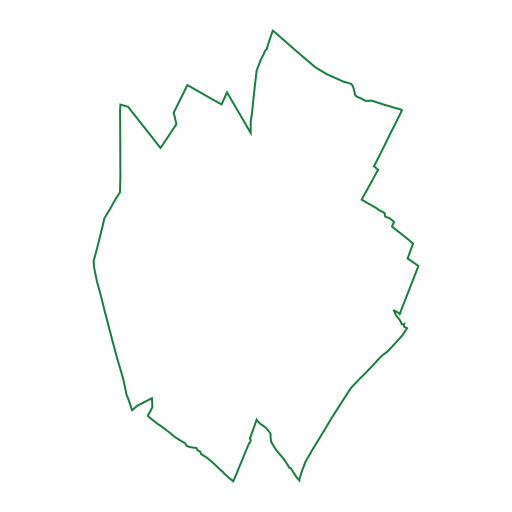 Coronango, Puebla, Mexico (Natural Earth projection)
{"feature_id": "50627088B8502997945058", "entity_name": "Coronango", "entity_type": "district", "adm_level": 2, "iso_a3": "MEX", "parent_name": "Mexico", "parent_adm1": "Puebla", "projection": "natural_earth1", "projection_center": [-98.289, 19.136], "detail": "fine", "context": "isolated", "style": "outline", "palette": "green", "viewbox_px": 512, "rotation_deg": 0, "n_neighbors": 0, "source": "geoboundaries", "source_scale": "gbopen_adm2", "svg_char_len": 3960}
<svg xmlns="http://www.w3.org/2000/svg" viewBox="0 0 512 512"><path d="M401.9,110.1L399.6,109.1L394.5,107.8L388.9,106.0L384.9,105.0L382.1,104.0L379.7,103.2L376.3,102.2L373.2,101.1L370.8,100.6L368.7,100.9L366.0,100.8L364.2,100.3L361.7,98.7L357.5,97.0L356.0,96.0L355.1,94.9L353.5,87.9L352.3,85.1L350.7,83.7L343.4,81.6L326.8,74.2L315.2,67.2L293.9,49.0L274.2,31.7L272.8,30.7L272.0,32.8L268.2,44.0L266.7,49.2L265.7,50.0L264.5,52.2L263.5,54.7L262.2,56.9L261.0,59.3L256.6,70.7L255.3,82.4L255.1,83.3L254.5,88.9L254.4,89.9L252.4,109.0L252.2,111.7L251.7,115.3L250.7,121.6L250.7,133.0L250.5,132.7L242.8,119.4L233.7,103.8L227.0,92.3L226.9,92.5L224.1,98.9L223.9,99.2L222.6,102.2L222.3,102.8L221.5,104.4L215.2,100.9L213.1,99.8L204.8,95.0L204.6,94.9L198.1,91.2L196.0,90.0L193.7,88.7L191.1,87.2L187.3,85.1L185.7,88.4L184.3,91.3L183.6,92.8L183.1,93.8L182.7,94.6L182.2,95.6L181.4,97.2L179.8,100.5L179.7,100.6L173.9,112.3L173.7,112.6L176.4,124.1L176.3,124.4L171.2,132.0L166.5,139.1L166.1,139.6L161.6,146.4L160.5,148.0L158.1,145.0L157.9,144.7L156.1,142.5L152.3,137.5L148.5,132.7L141.9,124.4L135.8,116.6L133.5,113.7L128.0,106.8L120.4,104.6L120.1,110.3L120.2,132.9L120.3,147.0L120.3,164.7L120.4,175.4L120.0,192.2L115.9,198.5L110.0,209.0L104.3,218.5L104.1,219.6L102.8,225.1L102.7,225.7L101.7,229.7L97.7,245.8L97.2,247.7L93.9,260.2L93.6,261.4L93.7,262.3L94.2,268.1L96.7,280.3L97.7,284.3L99.3,289.9L99.8,291.9L101.1,296.6L102.0,300.1L103.8,307.5L104.1,308.9L106.6,318.4L106.9,319.4L109.8,330.7L110.1,331.7L113.6,345.2L117.2,358.4L118.0,361.2L120.8,370.6L121.6,373.4L123.3,379.5L124.2,383.7L125.2,388.1L126.4,394.4L128.6,399.8L129.9,403.6L131.2,407.7L132.1,410.2L137.4,405.7L143.6,402.5L145.9,401.3L151.5,398.4L151.9,398.2L152.2,402.8L152.3,407.4L147.8,415.9L151.0,418.7L156.9,423.3L164.1,428.3L170.2,433.1L170.3,433.2L174.0,436.4L179.1,439.7L179.3,439.9L185.3,443.4L186.0,444.7L186.7,446.0L190.6,447.2L192.5,447.5L193.1,447.6L193.3,447.7L193.5,447.7L193.8,447.6L194.7,447.7L196.2,448.0L196.7,448.3L197.3,449.9L199.7,451.4L200.6,452.4L201.2,454.1L207.0,457.8L212.5,462.3L220.7,470.1L221.1,470.5L221.8,471.2L222.4,471.3L224.5,473.9L226.2,475.3L227.2,476.3L228.4,477.4L229.1,477.9L233.2,481.3L236.8,473.2L239.7,465.9L243.1,457.9L244.6,453.9L249.2,443.1L249.7,443.0L250.3,441.9L250.7,440.7L250.7,440.0L250.2,439.3L249.9,438.6L256.6,419.8L257.3,420.9L260.3,423.8L263.2,425.8L265.8,427.7L267.8,430.1L269.7,432.4L270.6,434.1L270.6,437.8L271.1,441.8L271.9,443.1L273.0,444.8L274.2,447.0L275.7,449.2L277.2,451.2L279.1,453.6L281.8,456.6L283.7,459.0L287.7,464.9L289.4,467.8L290.7,468.2L295.7,475.9L296.7,477.4L299.3,480.4L299.4,479.1L299.9,477.4L300.6,475.5L301.0,474.4L301.9,471.2L302.1,470.5L304.5,464.5L305.1,462.5L307.4,458.4L312.5,449.6L313.2,448.4L314.4,446.4L315.5,444.7L325.4,428.5L327.3,425.3L329.1,422.2L329.5,421.5L330.2,420.4L330.8,419.3L336.7,410.1L338.9,406.7L342.2,401.5L343.7,399.2L347.8,392.8L349.1,390.8L350.9,388.1L352.6,386.2L354.0,384.7L359.9,378.6L365.4,373.1L374.4,363.8L377.5,360.2L381.7,355.9L388.1,351.0L392.7,346.0L402.1,335.7L405.4,330.7L407.0,328.2L404.4,326.9L404.0,326.4L403.8,325.3L403.8,324.6L404.0,324.2L403.0,324.5L402.2,324.3L401.6,324.0L401.3,323.1L400.9,321.9L400.2,320.7L399.2,319.2L396.6,316.1L395.7,314.6L393.5,309.8L394.4,310.8L395.2,311.0L397.7,312.4L398.6,312.9L399.2,313.5L399.7,314.1L400.0,313.4L402.2,307.5L403.3,304.8L414.2,276.8L415.3,274.0L418.4,266.0L414.4,263.1L407.6,258.5L412.3,245.7L413.1,243.6L407.8,239.1L392.3,226.9L392.0,226.6L392.8,224.6L393.3,223.6L393.6,222.9L394.0,221.9L390.9,219.3L389.3,218.0L387.2,217.4L385.4,216.7L384.9,215.8L384.8,213.3L382.9,212.0L382.5,211.9L381.2,211.1L379.9,210.6L378.9,210.1L376.7,208.3L374.2,206.9L371.7,205.4L369.7,204.3L367.1,202.8L361.7,199.7L362.8,197.6L363.8,195.7L369.7,185.1L370.9,182.9L372.9,179.2L376.9,171.9L378.2,169.8L377.3,169.1L374.0,166.3L383.8,146.9L385.7,142.9L390.9,132.3L395.1,124.3L396.8,120.7L398.8,116.7L400.9,112.5L401.9,110.1Z" fill="none" stroke="#15803d" stroke-width="2"/></svg>